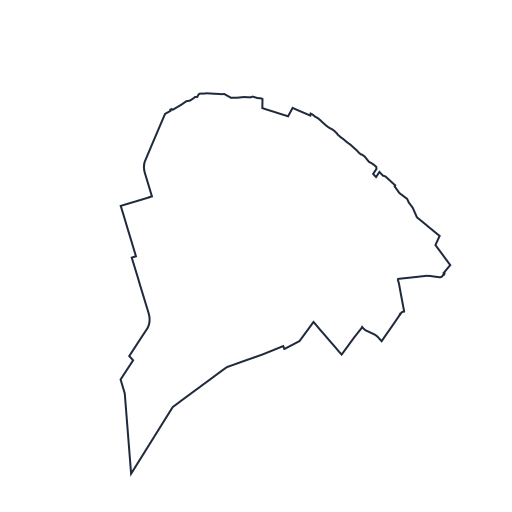 outline of Dronten, Flevoland, Netherlands, rotated 253°
{"feature_id": "6326949B76568763288837", "entity_name": "Dronten", "entity_type": "district", "adm_level": 2, "iso_a3": "NLD", "parent_name": "Netherlands", "parent_adm1": "Flevoland", "projection": "equal_earth", "projection_center": [5.68, 52.514], "detail": "fine", "context": "isolated", "style": "outline", "palette": "slate", "viewbox_px": 512, "rotation_deg": 253, "n_neighbors": 0, "source": "geoboundaries", "source_scale": "gbopen_adm2", "svg_char_len": 5142}
<svg xmlns="http://www.w3.org/2000/svg" viewBox="0 0 512 512"><g transform="rotate(253 256 256)"><path d="M190.5,439.1L193.9,437.9L206.1,433.6L214.0,430.8L218.3,434.6L221.5,437.5L224.1,435.7L227.9,433.2L233.1,429.7L237.0,427.2L245.9,421.2L252.8,420.4L256.6,419.9L262.3,417.8L266.5,417.2L268.0,416.1L274.3,411.5L282.1,408.9L282.9,409.8L286.1,407.8L289.4,405.9L294.3,403.0L295.7,400.9L300.3,398.6L296.4,393.9L300.2,392.0L304.1,396.7L306.1,397.1L309.2,395.1L311.2,393.4L313.1,391.5L319.4,389.0L322.2,386.8L322.3,386.2L324.3,384.8L328.0,383.0L329.7,381.9L334.6,379.0L338.6,376.0L342.4,373.6L345.0,371.6L348.6,369.4L349.4,369.3L352.7,367.5L354.6,366.1L356.6,364.1L357.8,363.0L360.4,361.1L365.2,358.2L366.7,357.4L369.3,355.8L371.3,354.0L371.8,353.4L374.8,351.4L376.2,349.9L374.4,349.0L383.7,338.0L386.9,334.3L380.2,327.5L381.9,325.1L384.4,321.4L389.0,314.8L393.5,308.2L395.6,305.3L404.2,308.1L405.4,306.7L406.5,303.8L409.4,299.4L409.4,296.8L411.5,291.1L412.9,284.2L414.6,278.4L420.2,273.0L420.6,271.3L420.7,270.7L422.1,267.1L423.5,263.2L426.1,256.2L426.5,253.7L427.7,249.9L427.4,248.5L425.3,246.3L425.9,244.2L425.1,242.4L423.9,238.2L424.4,234.7L422.6,229.1L422.3,227.9L420.4,220.0L420.2,219.0L421.2,218.2L421.0,216.9L420.9,216.9L420.7,216.8L420.5,216.7L420.4,216.7L419.8,216.7L418.5,210.6L410.0,203.4L392.5,188.7L379.8,178.1L379.4,177.7L378.9,177.3L378.4,177.0L377.9,176.7L377.7,176.5L377.4,176.4L377.2,176.3L377.1,176.2L376.9,176.1L376.7,176.0L376.5,175.9L376.3,175.8L376.2,175.8L376.1,175.7L375.9,175.6L375.7,175.6L375.4,175.4L375.2,175.4L374.9,175.2L374.6,175.1L374.4,175.1L374.2,175.0L374.0,174.9L373.9,174.9L373.7,174.8L373.3,174.7L373.2,174.7L372.9,174.6L372.7,174.6L372.4,174.5L372.2,174.5L371.9,174.4L371.7,174.4L371.4,174.3L371.1,174.3L370.9,174.2L370.6,174.2L370.3,174.2L370.2,174.1L369.9,174.1L369.7,174.1L369.4,174.1L369.2,174.1L368.9,174.0L368.7,174.0L368.4,174.0L368.1,174.0L367.9,174.0L343.4,173.9L343.5,171.3L343.3,171.3L343.5,141.3L332.7,141.3L319.0,141.2L313.5,141.2L308.0,141.2L290.8,141.1L290.8,136.7L269.8,136.7L269.0,136.7L263.2,136.6L257.5,136.6L253.6,136.6L251.7,136.6L246.7,136.6L233.0,136.6L232.3,136.6L232.1,136.6L231.7,136.5L231.4,136.5L231.0,136.5L230.7,136.5L230.4,136.4L230.2,136.4L229.7,136.4L229.1,136.3L228.8,136.2L228.5,136.2L228.1,136.1L227.8,136.0L227.5,135.9L227.2,135.9L226.9,135.8L226.7,135.7L226.3,135.6L225.9,135.5L225.4,135.3L225.0,135.2L224.7,135.1L224.4,134.9L224.1,134.8L223.8,134.7L223.5,134.5L223.0,134.3L222.6,134.1L222.4,133.9L222.1,133.8L222.0,133.7L221.7,133.5L221.5,133.4L221.2,133.2L220.6,132.8L220.4,132.6L220.2,132.4L219.9,132.2L219.7,132.1L219.5,131.9L219.3,131.6L219.1,131.5L218.9,131.3L218.7,131.1L218.5,130.8L218.3,130.6L218.1,130.4L217.9,130.2L217.6,129.8L211.5,122.4L208.4,118.7L205.3,115.0L202.2,111.3L199.1,107.6L197.4,105.5L192.2,108.0L177.5,90.4L162.9,90.3L84.3,72.9L135.9,132.2L140.1,143.9L143.9,154.7L144.6,156.7L144.7,156.9L146.8,163.1L148.3,167.1L148.4,167.4L149.4,170.4L153.6,182.2L156.9,191.6L158.1,195.2L158.3,196.5L159.1,213.4L159.9,233.1L160.9,244.7L161.9,255.7L158.8,255.9L158.8,256.1L161.9,272.7L168.9,282.1L176.1,291.7L175.9,291.8L173.6,292.8L169.9,294.4L166.1,296.0L162.4,297.7L151.2,302.6L147.5,304.3L143.8,305.9L140.0,307.5L136.7,309.1L139.1,312.3L141.5,315.5L143.7,318.5L144.0,318.8L146.0,321.5L149.3,325.9L149.6,326.3L149.9,326.8L150.0,326.9L150.4,327.5L150.9,328.2L152.2,330.1L153.3,331.7L154.4,333.3L156.1,335.7L156.2,335.8L156.4,336.0L156.7,336.4L156.8,336.4L157.1,336.7L156.6,336.9L155.9,337.3L155.1,337.6L154.7,337.9L154.3,338.1L153.9,338.4L153.5,338.6L153.2,338.8L153.0,339.0L152.8,339.2L152.5,339.5L152.1,339.9L151.8,340.2L151.4,340.7L151.1,341.1L149.7,342.6L147.2,345.4L146.9,345.7L146.6,346.0L146.4,346.3L146.1,346.5L145.8,346.8L145.6,347.0L145.3,347.2L145.1,347.4L144.8,347.6L144.2,348.1L143.9,348.2L143.6,348.4L143.3,348.6L142.9,348.8L142.5,349.0L142.2,349.2L140.8,349.8L137.8,351.2L138.1,351.6L138.4,351.9L138.6,352.2L142.0,356.5L142.5,357.1L142.7,357.4L143.3,358.1L144.1,359.2L144.8,360.1L150.0,366.7L157.1,375.6L157.7,376.4L158.1,376.4L158.6,377.0L158.3,377.2L158.4,377.3L159.1,378.2L159.3,378.4L159.4,378.6L159.5,378.9L159.6,379.2L159.7,379.5L159.7,379.8L159.7,380.1L159.7,380.3L159.5,381.2L159.5,381.3L159.8,381.5L163.6,381.9L169.1,382.5L170.1,382.6L170.4,382.6L170.6,382.7L170.8,382.7L171.2,382.8L171.7,382.8L177.2,383.4L185.7,384.4L187.4,384.6L187.8,384.6L188.2,384.6L188.7,384.7L189.1,384.7L190.0,384.7L191.3,384.7L192.1,384.7L192.3,384.7L192.5,384.6L192.6,384.4L192.4,385.8L192.4,386.0L192.3,386.6L190.9,393.9L190.2,397.3L189.6,400.6L189.2,402.7L189.2,402.8L189.1,403.0L188.1,408.7L187.8,409.9L187.6,411.2L187.5,411.7L187.4,412.4L187.2,413.1L187.0,413.8L186.8,414.4L186.6,415.1L186.5,415.4L186.3,415.9L186.0,416.6L185.7,417.3L184.8,419.2L183.2,422.7L182.2,424.9L182.0,425.3L181.9,425.7L181.8,426.1L181.8,426.4L181.8,426.8L181.9,427.2L181.9,427.6L182.1,427.9L182.2,428.2L182.4,428.5L182.6,428.8L182.8,429.1L183.1,429.4L183.4,429.6L183.7,429.9L184.1,430.2L183.5,430.6L184.4,431.3L185.1,430.8L185.2,431.0L185.3,431.2L185.6,431.5L185.7,431.8L185.9,432.0L186.1,432.4L188.2,435.5L190.5,439.1Z" fill="none" stroke="#1e293b" stroke-width="2"/></g></svg>